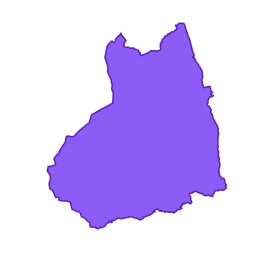 Pakokku, Magway, Myanmar (orthographic projection), rotated 166°
{"feature_id": "60261553B95135707926293", "entity_name": "Pakokku", "entity_type": "district", "adm_level": 2, "iso_a3": "MMR", "parent_name": "Myanmar", "parent_adm1": "Magway", "projection": "orthographic", "projection_center": [94.664, 21.355], "detail": "fine", "context": "isolated", "style": "filled", "palette": "violet", "viewbox_px": 256, "rotation_deg": 166, "n_neighbors": 0, "source": "geoboundaries", "source_scale": "gbopen_adm2", "svg_char_len": 5588}
<svg xmlns="http://www.w3.org/2000/svg" viewBox="0 0 256 256"><g transform="rotate(166 128 128)"><path d="M48.6,216.0L49.6,216.2L50.7,216.6L52.2,217.0L53.5,217.0L54.4,216.6L56.0,215.4L56.7,216.1L57.1,216.0L56.4,213.0L57.0,212.1L58.7,211.5L58.7,211.2L60.4,210.4L61.5,210.5L62.4,210.7L62.9,210.4L63.9,210.2L64.5,209.6L64.7,209.0L65.1,208.9L66.3,209.7L67.6,208.5L70.1,208.1L71.1,206.7L72.3,206.2L73.4,205.4L74.0,203.8L75.5,202.7L76.5,201.5L76.3,200.4L76.9,199.5L77.2,198.6L77.1,197.8L77.3,196.2L77.9,195.8L79.8,195.7L82.3,195.7L83.3,196.6L84.0,196.6L84.4,196.7L85.7,196.7L86.6,197.4L88.1,197.1L88.3,196.8L89.3,196.6L89.8,195.9L90.3,195.9L90.5,196.1L91.5,195.8L92.8,195.7L93.3,195.5L93.5,195.5L95.5,195.5L95.7,195.3L96.8,195.3L96.9,195.1L97.6,195.0L97.6,195.3L98.0,195.4L98.0,195.9L98.3,196.3L97.9,197.9L98.6,198.5L99.0,199.7L99.0,200.5L99.5,201.1L101.1,201.9L102.2,202.9L102.7,203.9L104.7,204.7L106.0,204.5L106.7,205.2L107.4,205.5L108.5,206.5L109.9,206.5L111.1,207.1L111.8,207.8L112.0,208.5L111.7,210.4L110.5,211.6L110.3,212.3L109.3,213.1L108.9,213.1L108.9,213.8L109.8,215.8L110.7,217.4L111.8,220.0L112.0,221.5L113.2,220.5L114.3,220.0L118.8,217.0L119.3,215.2L119.8,214.4L121.2,214.5L121.5,214.7L122.5,216.2L125.4,214.9L126.1,214.1L126.9,213.7L127.2,213.2L127.3,213.2L128.1,212.4L128.4,212.3L128.5,212.0L129.0,211.6L129.5,210.3L133.3,201.9L132.8,193.5L133.1,189.9L133.9,189.0L134.0,188.3L133.9,185.3L132.6,178.9L133.0,176.0L132.8,173.3L133.5,172.1L134.2,170.0L134.4,168.5L133.7,166.8L134.1,164.5L136.6,156.3L137.1,155.8L144.8,153.7L150.4,152.4L160.0,149.4L160.7,148.8L164.5,142.2L166.8,141.5L174.9,137.6L177.9,136.0L182.2,133.1L184.4,132.9L187.7,134.6L188.8,134.8L189.9,134.5L192.2,129.6L199.5,122.9L201.1,120.4L202.8,119.6L205.8,117.6L205.9,117.3L207.4,115.7L206.9,112.7L207.1,110.1L209.9,109.5L214.8,109.8L216.7,105.8L214.9,100.8L215.8,96.5L217.5,94.2L218.2,92.1L218.5,87.8L218.1,87.5L216.5,86.0L215.6,82.5L215.1,78.5L214.7,78.1L213.3,77.9L212.2,77.0L211.9,76.4L212.6,74.9L211.1,73.8L207.8,72.7L206.3,72.4L202.8,70.8L202.6,70.4L201.8,70.1L202.0,66.7L201.9,62.8L201.6,62.4L199.1,60.7L198.6,59.7L195.7,58.4L194.5,55.9L194.7,55.5L194.7,53.6L194.1,52.7L193.0,52.0L191.4,50.3L189.9,47.5L188.2,45.8L187.9,45.4L188.0,44.2L188.5,42.7L188.3,41.8L188.4,41.2L186.6,40.4L184.4,39.9L183.4,39.5L183.3,38.5L181.2,37.4L179.5,38.1L177.3,37.7L176.3,38.2L175.5,38.3L174.7,38.0L173.9,38.4L173.3,38.9L171.5,41.0L171.2,41.1L169.9,40.7L169.1,40.9L168.7,41.4L168.7,42.1L167.9,41.8L167.5,41.2L167.1,40.3L166.6,40.1L166.2,40.4L166.1,42.0L165.7,42.2L165.2,42.2L164.4,41.6L163.5,41.7L159.4,43.0L158.6,42.8L158.0,42.2L157.0,41.7L156.1,41.5L150.6,41.5L149.4,41.1L148.5,41.6L145.1,40.5L142.9,38.9L140.2,37.6L139.2,36.3L138.8,36.0L137.1,36.0L135.4,36.6L135.3,36.8L134.5,37.3L134.1,37.4L134.1,37.6L133.5,37.7L132.0,37.8L131.3,38.1L128.9,38.0L125.5,39.0L125.4,39.2L125.2,39.2L124.3,40.2L123.7,40.5L122.8,40.0L122.5,40.0L122.3,40.5L122.5,41.9L122.0,41.7L121.1,41.9L119.8,42.6L119.1,42.5L118.1,41.1L117.7,40.3L117.1,40.3L117.0,39.6L116.8,39.6L116.7,39.8L116.5,39.6L115.9,39.6L115.8,39.4L115.6,39.6L114.7,39.5L114.4,39.1L114.5,38.9L113.7,38.3L113.2,38.2L112.7,37.7L112.7,37.4L112.3,37.4L112.2,37.2L112.2,37.6L111.6,37.7L111.6,37.9L111.3,37.9L111.2,37.7L110.6,37.5L110.2,37.1L109.1,36.7L108.5,36.5L108.4,36.3L107.1,36.0L106.4,36.1L105.8,36.0L104.1,34.5L103.2,35.0L102.4,35.2L101.9,35.3L101.9,35.5L101.1,35.6L100.9,36.0L100.4,36.3L99.8,36.4L99.7,36.7L97.7,36.7L97.3,36.4L96.9,36.3L96.7,36.5L95.8,36.9L95.6,37.4L95.3,37.4L96.0,38.3L95.7,38.3L95.8,39.0L95.2,39.7L94.0,39.6L93.2,41.6L92.8,41.7L91.9,40.7L91.1,40.8L90.9,41.0L90.5,41.2L87.8,41.4L86.6,40.0L85.4,39.4L84.0,40.8L84.5,42.6L84.6,43.5L84.0,44.9L84.6,48.8L84.5,49.1L83.4,49.7L82.2,49.6L81.3,49.8L81.3,49.6L80.9,49.8L79.8,49.8L79.3,50.4L78.0,50.4L77.5,49.9L76.5,50.0L76.3,49.2L75.8,48.5L74.7,48.0L73.4,46.9L71.2,45.8L70.4,44.2L69.2,43.4L68.3,43.6L66.9,43.3L66.3,43.4L65.9,43.2L65.0,42.3L64.3,42.2L64.2,42.0L62.8,41.8L62.6,41.3L62.4,41.1L61.6,43.3L60.5,43.6L60.1,44.3L58.7,45.9L57.9,46.1L57.0,45.8L56.4,45.4L52.8,45.5L51.5,44.8L50.4,44.8L49.8,44.6L47.0,46.1L47.5,46.7L47.5,47.6L47.1,48.1L46.4,48.5L47.1,51.0L47.1,52.3L46.8,54.7L47.3,55.8L49.2,56.7L49.4,57.0L49.7,58.3L50.6,59.6L50.8,60.3L50.8,61.0L50.7,61.6L50.1,62.2L50.2,63.0L50.5,63.5L50.6,64.0L50.0,64.7L49.9,65.9L49.5,66.7L48.0,69.2L47.8,70.1L47.4,72.0L47.9,74.2L46.8,76.2L46.6,77.1L47.1,77.6L47.3,78.4L46.4,81.2L46.1,83.0L46.0,83.6L46.2,84.1L46.2,85.2L44.9,88.7L45.0,89.9L44.2,92.5L43.6,95.8L42.8,97.1L42.9,98.3L42.0,99.3L41.3,100.5L41.2,101.2L41.6,101.5L41.6,102.5L41.4,102.6L41.4,103.4L40.9,104.4L40.6,105.6L40.8,108.7L42.4,113.7L42.2,114.4L43.0,115.9L43.2,121.4L43.6,121.8L44.2,123.2L44.0,124.0L43.5,124.2L42.8,125.6L43.5,127.0L43.9,129.1L44.3,129.7L44.8,130.0L45.4,130.9L45.7,131.7L45.4,132.7L45.2,132.9L44.3,133.0L43.9,134.7L44.0,135.3L43.6,136.0L42.9,136.3L42.4,137.5L41.2,138.1L38.9,138.2L38.0,138.3L37.5,138.9L37.8,139.3L38.5,139.5L39.4,141.0L39.2,141.5L38.7,141.8L37.9,141.7L37.5,141.8L37.5,142.3L38.1,143.1L38.3,143.6L38.6,144.5L38.2,148.0L38.5,148.4L38.8,148.7L39.7,148.8L41.2,148.6L42.3,148.9L43.7,148.7L44.4,148.7L44.9,149.5L44.8,150.8L45.1,153.8L44.8,154.5L44.8,156.6L43.0,160.1L43.1,160.8L43.0,161.8L42.4,163.9L42.4,165.8L42.8,166.3L43.0,168.0L43.5,168.8L43.5,169.8L44.3,170.4L44.6,171.0L44.2,172.3L46.3,176.7L46.0,177.7L46.7,179.3L48.3,181.1L47.9,181.4L47.4,181.6L46.8,181.3L46.5,181.9L46.2,183.4L46.9,187.7L46.7,191.6L46.9,194.2L46.7,197.8L47.1,201.2L47.7,202.6L47.4,203.3L47.7,205.1L47.5,206.2L47.9,208.1L48.1,212.7L48.3,215.3L48.6,216.0Z" fill="#8b5cf6" stroke="#5b21b6" stroke-width="1.5"/></g></svg>